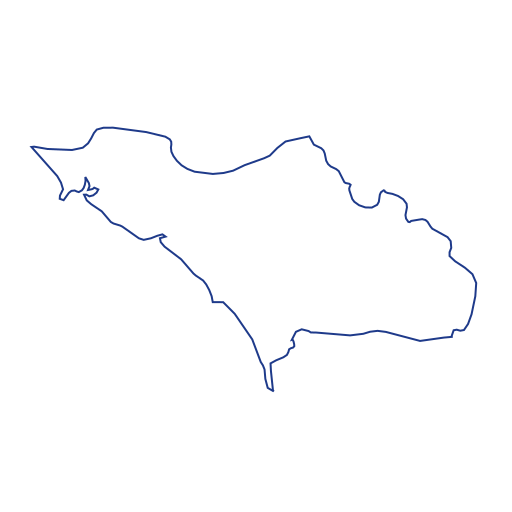 the border of Ha Tinh, rotated 177°
{"feature_id": "VNM-474", "entity_name": "Ha Tinh", "entity_type": "Province", "adm_level": 1, "iso_a3": "VNM", "parent_name": "Vietnam", "parent_adm1": "", "projection": "mercator", "projection_center": [105.781, 18.334], "detail": "fine", "context": "isolated", "style": "outline", "palette": "blue", "viewbox_px": 512, "rotation_deg": 177, "n_neighbors": 0, "source": "natural_earth", "source_scale": "10m", "svg_char_len": 2382}
<svg xmlns="http://www.w3.org/2000/svg" viewBox="0 0 512 512"><g transform="rotate(177 256 256)"><path d="M59.4,171.9L62.5,171.5L64.7,166.1L64.7,165.0L72.6,164.7L96.6,162.6L130.3,173.4L138.5,174.9L146.0,174.4L152.9,172.7L166.2,171.8L199.9,176.4L201.5,176.5L205.3,176.8L207.4,178.3L214.2,180.4L220.1,178.2L224.6,170.4L223.8,170.6L223.0,168.7L222.5,165.9L222.5,163.9L223.8,162.6L225.9,162.1L227.8,161.1L228.7,158.4L230.3,155.6L234.0,153.4L241.3,150.8L247.1,148.0L247.1,140.4L246.1,121.0L245.4,119.9L251.2,123.7L253.1,132.8L253.4,142.2L254.8,146.4L256.8,149.9L264.1,172.9L280.3,199.4L291.2,211.6L301.6,212.2L302.4,218.2L304.5,224.5L307.2,230.2L310.1,234.3L317.1,239.6L319.4,241.8L330.9,256.6L346.8,270.1L350.4,274.8L351.0,278.8L345.3,280.1L348.3,282.5L353.4,281.4L360.0,279.2L367.3,278.0L372.0,279.8L387.9,292.3L390.0,293.5L396.6,295.9L399.2,297.6L407.7,308.7L417.9,316.4L422.1,320.4L424.5,326.2L422.3,326.2L419.3,324.3L415.4,325.1L411.9,327.6L410.0,330.7L414.0,332.7L415.3,331.7L416.4,331.3L420.3,330.7L418.6,334.5L419.1,337.6L422.3,343.8L422.3,339.9L423.2,336.1L424.6,332.9L426.4,330.7L429.6,329.1L431.6,329.8L433.6,330.9L436.9,330.7L439.5,328.9L445.2,321.8L449.0,323.4L448.6,326.6L445.2,332.7L446.9,339.5L450.3,346.2L474.5,376.6L471.9,376.8L458.7,373.8L434.2,371.5L423.3,373.2L417.8,377.3L414.5,382.0L411.4,387.3L408.4,390.6L401.5,392.1L391.9,391.6L359.1,385.5L340.3,379.9L336.0,377.0L334.7,374.6L334.7,371.8L335.3,368.7L335.0,364.5L333.2,360.1L330.0,355.2L325.6,350.5L320.0,346.6L312.9,343.4L294.8,340.2L284.0,340.6L274.4,342.4L262.6,347.3L242.8,353.2L237.0,355.5L229.0,362.8L220.5,368.8L205.5,371.3L196.5,372.7L192.4,364.2L185.2,360.2L183.1,357.9L182.0,354.8L180.9,347.5L179.2,344.0L176.7,341.5L171.4,338.6L168.9,336.4L163.9,325.1L162.7,324.2L159.2,323.3L157.8,322.2L158.1,321.4L158.8,320.2L159.4,318.5L159.3,316.6L156.9,307.9L155.0,305.0L150.4,301.3L144.3,298.8L137.8,298.3L132.3,300.8L130.5,303.7L129.1,310.8L127.9,313.1L125.1,314.9L124.3,314.6L123.6,313.2L121.4,312.1L116.5,310.9L111.0,308.5L106.1,305.0L102.9,300.3L102.7,296.7L104.6,289.0L104.2,285.5L102.1,282.1L100.7,281.8L99.2,282.9L91.3,283.8L88.1,284.1L84.9,283.1L82.9,281.2L80.2,276.3L78.5,274.0L63.7,264.8L60.8,260.6L60.6,253.9L62.5,249.7L62.7,245.8L57.4,240.3L47.9,233.3L40.8,226.5L37.5,217.5L39.1,204.3L43.8,186.5L47.8,177.0L52.2,171.2L55.9,170.7L59.4,171.9Z" fill="none" stroke="#1e3a8a" stroke-width="2"/></g></svg>